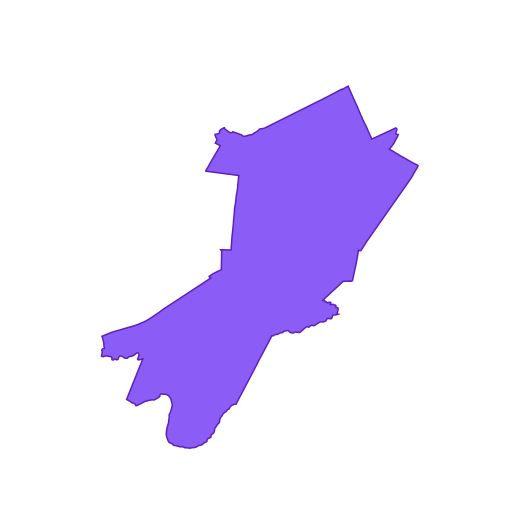 the district of Barza, Olt, Romania, rotated 325°
{"feature_id": "2599482B78592992186898", "entity_name": "Barza", "entity_type": "district", "adm_level": 2, "iso_a3": "ROU", "parent_name": "Romania", "parent_adm1": "Olt", "projection": "robinson", "projection_center": [24.164, 44.333], "detail": "fine", "context": "isolated", "style": "filled", "palette": "violet", "viewbox_px": 512, "rotation_deg": 325, "n_neighbors": 0, "source": "geoboundaries", "source_scale": "gbopen_adm2", "svg_char_len": 6019}
<svg xmlns="http://www.w3.org/2000/svg" viewBox="0 0 512 512"><g transform="rotate(325 256 256)"><path d="M444.3,232.8L444.0,231.3L421.0,227.2L417.8,226.5L418.3,224.9L419.5,218.4L420.2,215.5L420.9,211.1L421.0,209.9L421.2,208.4L421.6,206.4L421.8,204.8L422.4,202.8L422.6,200.8L422.8,199.9L423.0,199.4L423.4,197.2L424.7,191.6L425.5,186.7L428.9,169.7L422.0,169.0L421.6,168.9L421.7,168.5L405.1,166.4L336.7,156.2L335.4,155.8L333.2,154.7L331.2,154.0L331.0,154.3L329.4,154.6L327.9,154.5L325.0,154.2L322.8,154.4L320.4,153.3L319.5,152.8L316.6,152.0L315.4,151.4L314.6,150.8L314.1,150.2L313.9,149.7L313.5,148.1L312.7,147.2L312.2,146.5L311.8,145.7L309.5,142.7L308.6,141.3L308.2,140.9L307.2,141.2L306.5,140.8L305.8,140.1L305.1,139.2L304.5,138.0L304.6,137.6L304.5,137.2L304.2,136.7L303.8,135.6L303.4,134.0L303.5,133.5L303.8,132.8L303.5,132.6L300.1,132.2L299.5,132.2L299.2,132.4L298.1,132.4L297.2,133.6L296.3,134.2L295.8,134.2L295.3,134.2L293.0,133.2L292.3,132.8L292.1,133.1L291.8,133.4L291.3,135.4L291.1,137.0L291.0,138.0L290.7,138.5L287.4,140.1L290.0,145.2L273.9,152.6L268.8,155.1L264.4,157.0L263.6,157.8L288.1,180.2L286.5,182.0L284.4,184.5L281.7,187.4L281.2,188.2L278.9,190.8L274.3,195.5L269.1,201.4L267.5,202.9L264.7,205.9L264.4,206.6L257.5,214.6L256.2,216.3L251.7,221.6L247.5,226.3L239.0,236.8L230.7,230.6L230.7,230.8L230.8,231.9L230.5,232.6L219.7,247.4L215.4,246.5L210.5,245.9L206.2,245.8L205.9,245.8L205.8,246.0L205.8,246.7L206.3,248.1L149.2,246.4L143.7,246.6L137.6,246.5L131.5,246.3L128.3,246.0L126.3,245.7L121.9,244.7L121.9,244.9L120.4,244.5L117.2,243.6L95.5,236.2L93.5,235.6L83.8,233.4L83.8,233.8L82.5,237.3L81.7,239.3L79.5,243.2L79.1,244.6L78.5,244.7L77.2,244.1L76.1,244.3L75.6,244.9L74.9,246.5L73.9,247.6L72.9,248.6L72.1,249.1L72.1,249.6L72.2,250.1L73.4,251.0L75.3,251.5L76.2,252.1L79.3,255.2L79.6,256.1L79.6,256.8L78.9,257.5L78.7,257.9L78.7,258.6L79.5,259.4L80.1,259.3L80.6,259.2L81.0,259.2L81.5,259.5L81.8,260.4L82.2,261.0L83.0,261.4L83.5,261.5L84.2,261.3L85.1,260.4L85.8,260.0L86.4,259.8L87.1,260.0L87.9,260.4L88.5,260.9L89.0,261.7L89.5,263.1L89.6,263.9L90.2,264.7L91.7,265.8L92.3,266.0L93.3,265.6L94.2,265.7L96.4,266.7L97.4,267.0L99.9,267.3L101.1,267.2L102.4,267.0L102.9,267.1L103.4,267.3L103.7,267.7L103.9,268.1L103.9,268.4L103.3,270.2L101.8,271.3L100.0,272.3L99.7,272.7L99.7,273.1L100.0,273.4L100.5,273.9L101.5,274.4L104.3,275.4L93.0,282.7L67.7,299.3L69.6,303.1L70.1,304.9L71.7,307.1L72.1,308.3L72.0,308.6L71.7,309.2L71.8,309.7L72.0,309.9L73.0,310.3L73.6,310.4L76.2,310.7L77.4,311.0L80.1,311.3L81.8,311.4L83.0,312.1L85.4,312.8L87.7,313.9L88.3,314.2L90.2,315.6L93.7,315.9L96.2,315.9L96.8,315.8L97.2,315.2L97.9,314.6L98.5,314.5L99.4,314.9L102.5,317.4L103.2,318.0L104.2,320.0L104.4,323.3L104.3,324.2L102.8,328.2L102.3,329.7L101.7,330.4L97.0,334.4L93.9,336.2L93.3,336.9L92.5,338.2L91.8,339.1L90.9,339.8L90.1,340.6L89.5,341.7L87.1,343.7L84.5,345.8L83.7,346.6L82.3,347.9L81.0,349.8L80.3,350.3L79.9,351.0L78.4,355.2L78.0,357.0L77.9,358.0L77.9,358.8L78.4,359.8L79.5,361.6L79.7,362.4L79.7,363.3L80.2,364.2L81.4,365.2L82.0,365.7L82.9,367.1L83.6,367.6L84.3,368.7L85.8,369.8L86.7,370.4L87.0,370.7L87.5,372.0L87.8,372.3L88.3,372.7L88.9,373.0L89.4,373.6L91.8,375.6L94.2,376.6L95.0,377.3L95.5,377.5L96.2,377.8L97.5,378.2L98.5,378.3L100.1,378.3L100.6,378.5L101.6,379.1L103.4,379.6L104.1,379.6L105.7,379.3L107.7,379.5L108.7,379.8L109.0,379.8L109.5,379.6L110.6,378.5L111.0,378.2L111.6,378.1L112.0,378.1L113.3,378.5L114.6,378.6L115.0,378.6L115.4,378.3L115.8,377.5L116.1,377.2L117.8,376.8L119.8,376.7L120.5,376.3L121.6,375.5L122.9,374.1L123.8,373.3L124.1,373.2L125.3,373.0L127.4,372.0L129.2,371.7L130.1,371.5L130.7,371.2L131.1,370.9L131.7,370.0L131.9,369.7L134.0,368.2L136.9,367.2L138.2,366.5L140.3,366.1L142.4,366.3L143.2,366.1L144.1,365.6L144.5,365.5L145.7,365.8L146.3,365.8L148.7,364.6L150.6,364.5L152.3,364.8L153.3,365.1L154.8,366.0L155.0,365.9L156.0,365.2L196.3,344.4L196.7,344.0L212.6,336.0L222.0,331.1L223.1,330.4L223.7,330.9L224.2,331.2L224.8,331.3L225.5,331.1L226.6,331.4L227.2,331.8L228.3,332.2L228.7,332.5L229.0,332.6L230.1,332.7L230.6,332.8L231.8,332.9L233.9,334.0L235.6,333.8L236.2,334.0L236.8,334.1L237.8,334.5L239.3,335.4L239.6,335.6L239.8,336.5L240.1,338.0L240.3,338.4L240.9,339.2L242.0,340.2L242.8,340.6L244.1,340.7L244.8,340.9L245.1,341.2L245.6,341.8L246.2,342.4L247.0,343.0L247.4,343.4L248.0,343.7L248.6,343.8L249.1,343.8L250.7,343.4L251.9,343.4L255.5,343.0L256.5,343.0L257.2,343.2L257.5,343.5L258.2,344.4L258.5,344.6L259.3,344.6L260.3,344.4L261.8,344.6L262.2,344.9L263.2,346.1L263.8,346.4L265.5,346.6L266.4,346.5L268.2,346.7L269.7,346.6L270.4,346.7L271.8,347.4L272.2,347.8L272.9,348.2L273.4,348.7L274.0,349.0L275.0,349.1L276.0,349.1L276.6,349.0L278.3,348.2L278.5,348.2L279.3,348.5L280.9,350.2L281.8,350.5L282.2,350.5L282.8,350.1L284.0,349.2L284.5,348.9L284.9,348.8L285.7,348.8L286.1,348.8L287.0,349.6L289.0,350.6L289.9,350.8L289.8,350.7L289.7,350.4L289.8,349.4L290.0,349.0L290.1,348.8L290.7,348.6L292.4,347.2L292.7,346.4L293.2,346.1L293.3,345.9L293.2,345.3L293.1,344.9L292.6,344.4L292.1,344.2L292.0,343.8L292.0,343.5L292.2,343.3L292.9,342.7L293.0,342.0L292.8,341.6L291.9,341.2L291.8,340.3L291.2,339.6L290.4,339.2L289.9,338.7L289.5,338.8L289.2,338.6L289.0,338.3L289.0,338.1L289.8,337.4L290.2,337.3L290.4,337.2L290.5,336.8L290.3,336.6L289.8,336.4L289.3,335.7L288.2,335.5L287.8,335.4L287.6,335.2L287.5,334.9L287.5,334.2L287.4,334.0L286.7,333.8L286.5,333.4L286.6,332.8L286.6,331.8L286.0,331.0L285.7,331.0L285.3,330.7L286.4,330.4L312.5,326.8L312.7,326.7L314.2,327.5L319.1,331.0L320.8,331.6L325.1,327.6L332.9,320.4L339.5,314.0L342.7,310.5L343.3,310.1L343.5,310.7L344.7,311.6L345.0,311.7L345.8,311.5L354.0,308.0L425.8,281.9L429.7,280.3L431.2,279.6L432.4,278.9L438.8,276.1L440.5,275.1L440.4,274.1L438.8,271.3L437.4,268.6L432.4,258.0L431.7,256.7L430.8,254.3L429.7,252.1L428.4,248.8L427.9,247.9L426.5,245.0L431.0,243.7L434.1,242.5L435.3,241.9L439.5,239.8L440.7,239.1L442.2,238.1L441.5,237.4L440.9,236.6L440.7,236.1L440.7,235.8L441.9,234.7L443.6,233.6L444.3,232.8Z" fill="#8b5cf6" stroke="#5b21b6" stroke-width="1.5"/></g></svg>